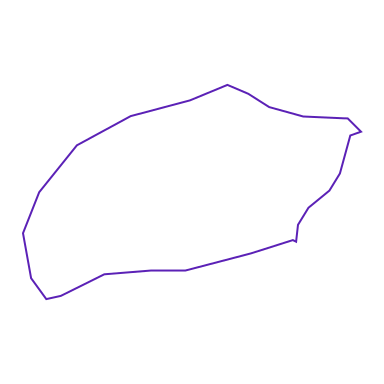 outline of Malmö, Skåne, Sweden
{"feature_id": "70781695B15028769687560", "entity_name": "Malmö", "entity_type": "district", "adm_level": 2, "iso_a3": "SWE", "parent_name": "Sweden", "parent_adm1": "Skåne", "projection": "natural_earth1", "projection_center": [13.073, 55.586], "detail": "fine", "context": "isolated", "style": "outline", "palette": "violet", "viewbox_px": 384, "rotation_deg": 0, "n_neighbors": 0, "source": "geoboundaries", "source_scale": "gbopen_adm2", "svg_char_len": 443}
<svg xmlns="http://www.w3.org/2000/svg" viewBox="0 0 384 384"><path d="M296.1,241.7L298.0,224.8L308.5,207.7L329.4,190.6L339.9,173.5L350.3,135.5L361.0,131.7L347.7,118.4L343.5,118.3L303.2,116.5L269.2,107.1L248.3,93.8L227.4,84.9L189.9,100.4L130.7,116.1L76.9,145.3L39.2,192.2L23.0,233.2L31.1,278.2L46.3,299.1L60.8,295.9L104.3,274.3L151.4,270.5L185.5,270.5L250.9,253.4L292.8,240.1L296.1,241.7Z" fill="none" stroke="#5b21b6" stroke-width="2"/></svg>